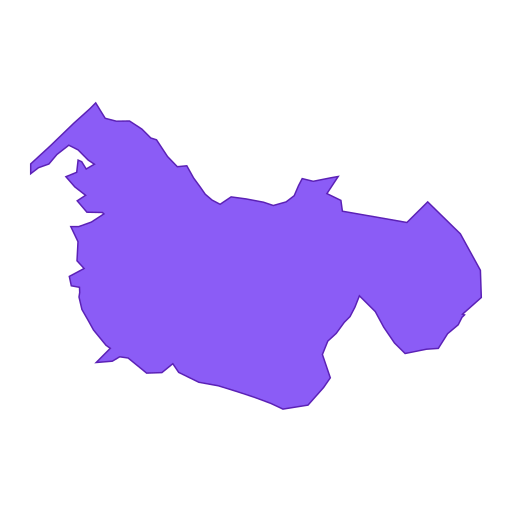 outline of Makounta, Paphos, Cyprus
{"feature_id": "46923920B29039462994736", "entity_name": "Makounta", "entity_type": "district", "adm_level": 2, "iso_a3": "CYP", "parent_name": "Cyprus", "parent_adm1": "Paphos", "projection": "orthographic", "projection_center": [32.481, 35.053], "detail": "fine", "context": "isolated", "style": "filled", "palette": "violet", "viewbox_px": 512, "rotation_deg": 0, "n_neighbors": 0, "source": "geoboundaries", "source_scale": "gbopen_adm2", "svg_char_len": 1437}
<svg xmlns="http://www.w3.org/2000/svg" viewBox="0 0 512 512"><path d="M95.7,102.9L89.6,109.0L73.7,123.3L50.6,145.6L30.7,163.9L30.7,165.1L30.7,173.7L38.5,167.7L48.9,164.0L56.9,154.5L68.8,145.2L78.1,149.9L88.2,160.1L94.4,164.2L86.2,169.0L81.7,161.7L78.1,160.1L76.7,172.3L65.9,176.7L74.8,186.9L85.6,195.3L77.2,200.8L86.9,212.2L102.4,212.5L103.9,213.9L91.3,222.1L78.7,226.6L70.8,226.6L78.0,241.7L77.0,260.8L84.1,268.5L69.3,276.4L71.3,285.8L79.5,287.3L79.7,292.5L79.0,297.0L81.9,309.4L88.8,321.5L93.5,330.0L106.1,345.4L110.3,348.3L96.2,362.5L112.3,361.2L119.7,356.8L128.1,358.0L146.6,373.1L161.9,372.6L172.8,363.7L178.7,372.4L198.9,382.3L218.4,385.8L237.4,391.7L254.7,397.4L270.8,403.4L279.6,407.5L282.9,409.1L308.0,405.1L323.6,387.5L330.3,377.8L322.4,354.5L327.8,341.1L336.2,333.4L344.3,322.3L350.0,316.6L354.9,307.2L359.4,295.8L375.3,311.6L383.8,327.3L394.5,343.0L405.1,353.5L426.4,349.2L438.3,348.4L447.6,333.7L458.2,324.8L462.0,317.3L464.5,314.9L462.5,314.2L481.3,297.5L480.4,270.3L460.4,233.9L427.7,201.9L406.9,222.5L342.4,211.2L340.9,200.4L326.9,193.6L338.2,176.5L331.3,177.7L313.2,181.3L302.2,178.6L298.6,185.5L294.2,195.7L286.1,201.9L273.3,205.5L263.5,202.2L246.0,198.9L231.1,196.9L220.1,204.3L212.1,200.1L205.2,194.2L200.2,187.0L193.6,178.0L186.8,165.8L177.3,166.7L167.5,156.5L156.5,139.8L150.8,138.0L141.9,129.1L129.5,121.0L116.4,121.2L105.2,118.3L100.6,110.9L95.7,102.9Z" fill="#8b5cf6" stroke="#5b21b6" stroke-width="1.5"/></svg>